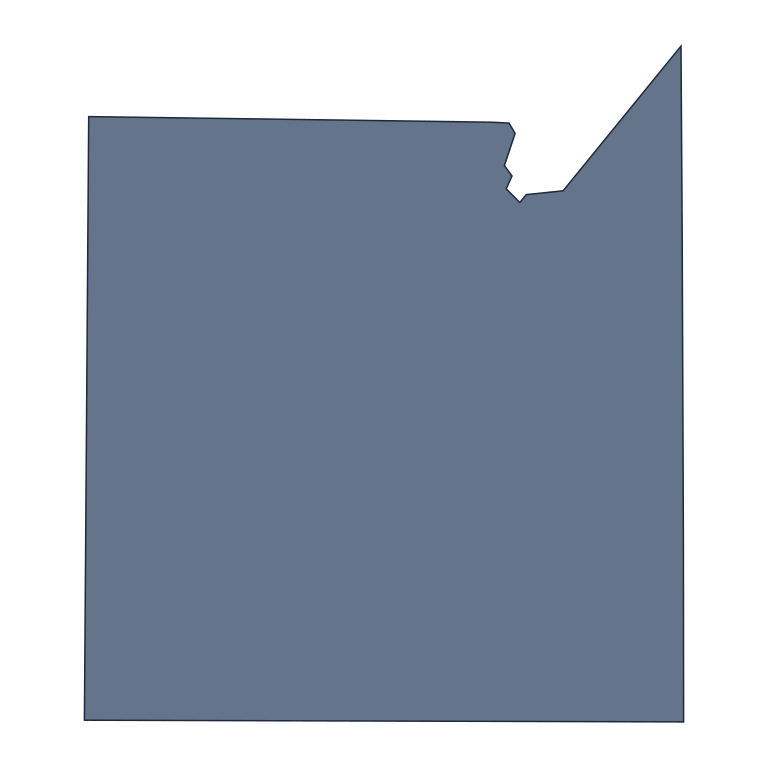 outline of Medina, Texas, United States of America
{"feature_id": "52423323B50387422534954", "entity_name": "Medina", "entity_type": "district", "adm_level": 2, "iso_a3": "USA", "parent_name": "United States of America", "parent_adm1": "Texas", "projection": "orthographic", "projection_center": [-98.977, 29.391], "detail": "fine", "context": "isolated", "style": "filled", "palette": "slate", "viewbox_px": 768, "rotation_deg": 0, "n_neighbors": 0, "source": "geoboundaries", "source_scale": "gbopen_adm2", "svg_char_len": 321}
<svg xmlns="http://www.w3.org/2000/svg" viewBox="0 0 768 768"><path d="M683.6,721.9L683.4,541.5L682.2,235.2L681.0,46.1L563.1,190.8L526.3,194.6L519.8,202.5L506.2,188.8L512.0,176.0L504.4,165.6L515.1,133.4L509.0,123.1L491.4,122.2L88.7,116.6L84.4,720.2L683.6,721.9Z" fill="#64748b" stroke="#1e293b" stroke-width="1.5"/></svg>